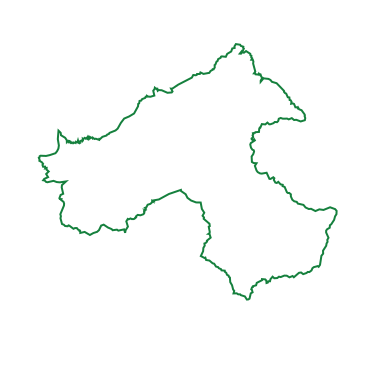 Belu, Nusa Tenggara Timur, Indonesia (Mercator projection), rotated 68°
{"feature_id": "22746128B36840991830224", "entity_name": "Belu", "entity_type": "district", "adm_level": 2, "iso_a3": "IDN", "parent_name": "Indonesia", "parent_adm1": "Nusa Tenggara Timur", "projection": "mercator", "projection_center": [124.962, -9.176], "detail": "fine", "context": "isolated", "style": "outline", "palette": "green", "viewbox_px": 384, "rotation_deg": 68, "n_neighbors": 0, "source": "geoboundaries", "source_scale": "gbopen_adm2", "svg_char_len": 5951}
<svg xmlns="http://www.w3.org/2000/svg" viewBox="0 0 384 384"><g transform="rotate(68 192 192)"><path d="M204.8,269.3L202.6,267.9L200.1,264.4L194.6,263.9L192.9,261.6L193.6,261.0L193.5,258.9L194.6,257.9L195.3,256.0L195.0,254.3L194.5,254.2L194.4,253.2L193.6,253.0L192.9,250.9L194.3,248.5L194.4,245.4L193.8,244.3L192.0,243.7L192.2,243.3L191.4,243.0L191.2,241.8L190.6,242.2L190.8,241.6L189.5,240.7L189.1,241.0L189.1,240.1L187.2,237.9L187.4,235.0L186.6,232.9L185.2,232.2L186.3,231.5L185.7,231.4L186.1,230.7L185.4,230.7L186.5,225.5L185.2,214.1L185.9,201.5L187.0,201.8L191.7,198.7L195.7,198.4L199.6,196.0L203.2,192.1L205.0,187.9L211.4,189.2L215.8,188.4L218.0,191.1L220.1,190.4L221.2,191.2L228.0,187.7L230.3,188.3L230.5,189.5L235.7,190.5L236.7,191.1L237.0,192.4L237.5,191.5L241.3,191.8L242.7,196.4L243.6,196.6L244.4,198.4L244.4,199.8L246.5,200.3L248.1,202.4L251.1,203.9L254.7,207.8L258.0,205.0L257.9,204.2L260.3,204.4L262.1,201.5L265.8,199.6L266.8,198.3L270.1,197.7L271.5,195.9L272.7,195.7L274.4,194.0L275.7,194.0L277.2,191.1L278.3,191.4L279.8,190.5L281.8,190.6L283.2,189.4L284.4,189.6L285.5,188.9L289.9,190.3L293.5,189.8L297.8,190.4L299.5,189.9L301.6,191.5L302.7,188.5L304.2,187.5L305.0,185.6L305.9,185.4L308.6,182.1L312.3,181.4L312.7,180.0L312.4,178.6L308.0,175.5L307.7,173.4L305.1,173.1L304.5,173.5L302.9,172.1L302.9,171.1L302.2,170.8L302.5,167.5L300.5,166.0L300.0,160.1L299.0,159.7L300.5,156.8L301.9,156.3L304.3,157.0L304.4,155.7L303.4,154.6L304.0,153.1L302.3,152.0L300.7,149.0L302.8,148.0L303.7,145.2L303.1,143.1L304.1,141.6L304.1,137.7L305.1,135.5L307.6,133.6L307.6,130.2L309.2,129.5L307.0,123.1L307.5,121.0L309.8,119.7L310.0,116.3L309.5,114.6L310.2,113.2L309.5,110.6L307.8,108.9L307.3,107.3L307.8,103.2L308.8,102.6L307.5,100.6L299.6,95.9L298.3,93.5L295.5,92.5L292.1,87.7L290.1,86.5L289.0,85.0L287.1,84.5L285.6,82.6L279.8,82.8L278.1,82.1L277.2,80.8L276.7,77.7L274.5,76.6L274.1,75.0L271.1,70.7L268.2,68.5L266.7,66.4L263.7,65.0L261.5,65.7L257.9,69.7L257.9,76.8L255.8,80.4L255.9,84.7L252.2,87.9L251.5,90.1L248.9,92.5L245.7,93.5L242.4,98.2L240.4,98.6L238.9,100.7L236.7,101.9L233.1,102.0L231.2,101.2L229.3,102.2L228.9,103.4L227.8,104.1L222.0,104.2L220.5,105.8L219.3,105.2L218.1,107.0L214.9,108.2L215.4,110.0L214.5,111.2L211.4,111.6L210.1,110.5L208.8,111.1L209.3,114.3L208.8,115.3L202.1,115.6L201.1,120.4L200.2,122.0L198.2,123.6L196.3,124.1L191.3,123.9L189.5,121.4L188.3,123.9L186.6,125.2L181.4,123.4L179.9,121.1L177.8,119.3L176.5,119.1L175.3,120.2L173.0,120.7L169.8,120.2L168.7,119.2L167.7,114.4L166.4,114.6L166.5,116.3L165.6,116.9L164.7,116.7L164.1,114.7L162.1,114.6L161.7,113.7L160.3,113.5L160.7,111.3L160.3,110.8L161.4,107.4L158.6,106.0L157.7,105.1L158.0,104.6L155.2,101.8L156.8,98.7L155.9,96.1L158.2,95.0L158.6,93.7L158.7,90.7L158.1,89.0L159.1,87.0L158.5,85.5L156.6,84.1L156.6,82.0L158.0,80.4L159.6,76.3L160.9,75.1L160.9,71.8L163.5,70.4L164.1,68.3L167.3,64.8L167.7,60.5L165.9,59.3L163.1,59.1L164.0,58.9L162.4,58.5L157.2,59.8L155.4,61.7L153.4,62.0L153.9,62.6L152.7,63.0L152.2,64.4L148.6,64.4L147.6,65.4L147.3,67.0L145.5,65.9L143.8,66.2L143.3,67.0L140.8,66.3L140.0,67.7L136.1,67.8L134.9,68.8L133.5,69.2L133.1,69.0L133.7,68.8L132.7,68.8L122.8,72.8L119.8,76.6L117.5,77.3L115.8,78.7L113.2,83.5L112.9,82.5L113.2,84.3L114.0,84.2L115.5,87.0L114.5,86.6L112.4,84.0L111.0,84.6L108.6,84.4L108.0,85.2L108.3,85.7L107.4,85.8L108.0,86.5L106.7,89.0L105.6,89.0L105.2,90.0L104.0,88.2L95.8,87.2L94.0,86.2L92.2,86.1L91.6,87.4L90.5,86.1L89.3,86.6L88.1,85.9L87.1,86.6L85.7,86.2L81.6,89.1L82.3,91.6L81.2,93.7L82.1,94.8L81.6,95.8L80.0,92.9L80.5,92.7L80.9,93.6L81.1,93.0L78.4,90.2L77.4,90.6L76.5,90.0L74.8,92.0L73.5,92.2L71.3,95.9L72.9,98.1L74.4,98.5L74.0,100.9L76.4,103.0L77.1,107.6L79.3,110.0L77.4,113.6L77.4,114.4L78.3,115.2L78.6,118.0L80.1,119.2L80.3,120.4L82.6,122.6L82.8,123.5L85.1,124.3L86.4,126.1L85.9,126.9L86.5,127.6L86.7,129.4L88.0,131.3L86.8,137.1L84.3,139.4L85.5,140.5L84.5,143.1L85.1,143.5L85.2,144.7L84.0,147.0L85.9,149.3L87.3,164.5L88.8,171.7L88.3,172.7L91.5,172.4L92.1,173.5L90.8,177.6L86.3,182.0L85.0,184.7L85.3,185.8L83.2,185.4L82.9,186.0L83.4,186.3L81.4,187.4L82.5,188.1L83.6,190.0L88.5,190.8L88.1,194.9L87.1,196.9L85.9,197.8L86.7,198.3L86.3,199.3L87.2,200.1L87.2,203.5L88.2,204.8L87.9,206.5L90.0,207.8L90.2,208.9L92.3,209.9L97.5,216.3L98.4,222.0L98.5,227.4L101.3,232.1L105.4,237.2L106.3,239.9L106.3,246.4L107.0,247.2L107.0,249.2L107.6,250.1L107.3,254.4L108.4,257.2L108.0,258.0L108.9,258.5L106.5,261.3L106.4,262.4L105.2,263.2L105.3,263.9L104.1,263.9L104.0,265.3L103.4,265.6L104.0,266.6L102.7,266.5L103.0,267.2L102.2,267.4L103.5,268.2L102.5,268.4L103.4,269.1L102.3,269.7L102.8,270.5L101.6,271.3L102.3,273.0L101.8,273.3L103.4,273.8L103.8,274.6L102.8,274.4L103.1,277.7L104.5,277.4L104.7,278.0L103.2,279.4L102.4,278.5L101.5,278.4L102.5,279.2L102.7,280.6L102.1,280.9L102.8,281.5L102.3,281.8L102.3,283.8L101.5,283.8L101.5,285.2L100.2,285.6L100.7,286.3L100.1,286.5L99.8,287.6L98.6,286.8L98.3,287.3L99.0,288.1L98.1,288.5L98.5,289.2L97.1,288.7L94.2,289.3L90.3,292.2L87.9,291.6L85.1,292.8L92.7,296.6L99.0,298.0L101.7,299.6L103.7,301.9L104.9,304.1L104.5,310.1L103.9,313.8L101.6,318.9L101.8,319.9L103.0,320.6L103.0,321.2L105.5,321.3L105.9,321.8L108.1,320.1L110.1,319.5L110.9,320.5L112.8,320.6L113.7,317.9L113.7,319.1L114.5,318.6L115.1,319.2L115.3,317.8L116.7,318.5L119.3,317.2L120.7,320.5L124.3,319.9L124.5,324.1L125.4,325.5L126.1,324.3L128.0,323.5L128.8,322.4L129.8,316.2L132.1,313.7L133.5,311.0L135.0,304.9L136.9,310.0L139.0,311.1L145.4,312.1L145.5,314.9L148.1,317.3L149.0,317.2L149.7,315.7L150.4,316.3L153.0,314.8L154.8,314.9L156.6,315.8L163.3,322.4L165.3,322.6L167.1,323.8L173.0,324.5L174.3,323.1L176.0,322.4L177.2,320.1L176.7,319.0L177.2,318.4L181.7,315.7L181.6,314.0L182.3,312.3L184.2,311.7L185.7,310.4L186.1,310.9L187.1,310.5L188.1,310.9L188.8,306.5L193.6,302.8L193.1,298.7L193.4,294.9L192.5,292.5L189.1,288.8L189.2,286.1L193.5,283.2L196.3,280.4L197.7,279.9L198.8,275.7L200.2,274.8L201.2,269.0L204.8,269.3Z" fill="none" stroke="#15803d" stroke-width="2"/></g></svg>